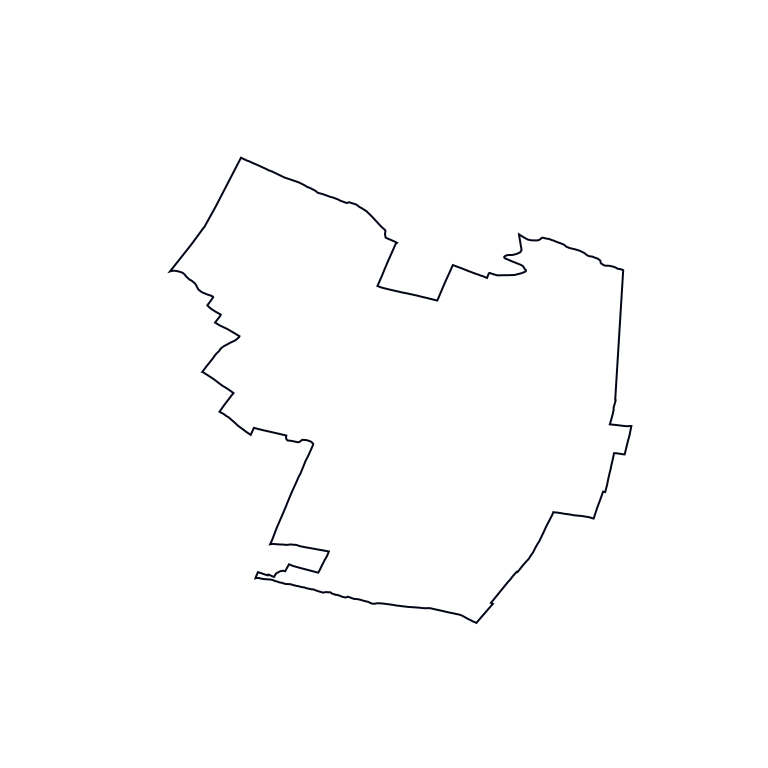 Bacani, Vaslui, Romania, rotated 126°
{"feature_id": "2599482B44404809262636", "entity_name": "Bacani", "entity_type": "district", "adm_level": 2, "iso_a3": "ROU", "parent_name": "Romania", "parent_adm1": "Vaslui", "projection": "robinson", "projection_center": [27.679, 46.327], "detail": "fine", "context": "isolated", "style": "outline", "palette": "ink", "viewbox_px": 768, "rotation_deg": 126, "n_neighbors": 0, "source": "geoboundaries", "source_scale": "gbopen_adm2", "svg_char_len": 6166}
<svg xmlns="http://www.w3.org/2000/svg" viewBox="0 0 768 768"><g transform="rotate(126 384 384)"><path d="M615.3,372.3L614.5,371.1L613.2,368.0L612.5,366.7L611.6,365.2L608.8,360.7L607.7,357.9L607.5,356.3L606.4,353.9L606.2,352.7L605.5,350.9L604.8,349.8L604.3,347.8L604.0,347.0L603.3,345.5L601.4,342.7L600.9,341.9L600.4,340.5L600.1,339.1L599.4,338.0L598.9,336.3L598.0,334.8L597.4,333.0L596.5,330.8L595.4,328.9L595.0,327.4L594.6,326.3L593.1,322.9L592.8,322.1L592.2,321.3L591.5,319.7L590.7,316.6L589.7,313.8L588.5,310.5L586.7,308.9L586.0,308.1L585.4,306.7L584.3,305.5L584.0,304.5L584.1,302.8L583.4,300.8L582.9,298.9L582.0,297.8L580.5,292.2L579.2,289.4L577.4,288.3L576.6,286.0L576.2,284.3L575.5,282.0L573.5,278.8L572.5,276.4L571.4,273.2L569.5,268.6L569.4,267.6L568.8,264.8L567.8,263.1L566.9,262.0L565.3,260.6L564.7,259.7L563.6,258.0L562.3,255.9L557.5,247.1L556.1,244.1L554.1,240.5L550.3,233.7L544.6,224.6L542.5,220.9L541.0,218.6L538.4,215.2L535.4,208.2L534.0,205.1L530.9,197.7L528.8,193.2L527.6,190.3L526.6,188.2L525.8,186.1L525.5,184.7L524.7,178.1L524.2,175.5L523.8,172.4L523.5,171.5L523.0,168.8L517.4,168.4L497.9,166.7L498.2,168.8L472.1,167.4L467.5,166.9L464.6,166.9L460.1,166.5L457.7,166.1L457.6,165.4L448.2,165.0L445.4,164.7L443.2,164.5L440.7,164.1L438.1,164.3L432.1,164.5L428.0,165.2L423.1,165.8L420.4,165.9L410.9,167.6L403.5,169.1L391.3,170.9L388.1,171.7L387.5,170.2L386.6,169.0L384.0,164.0L383.0,161.8L380.9,158.1L378.4,152.9L377.1,150.7L375.4,147.9L373.3,144.0L372.5,142.3L371.7,140.9L371.4,140.2L370.5,137.7L370.0,136.1L369.6,135.3L358.1,139.0L350.7,141.0L342.3,143.5L341.4,141.5L338.1,142.8L334.6,144.2L326.9,147.7L319.5,150.7L316.6,152.1L312.4,153.8L305.9,156.7L304.9,157.3L304.3,156.6L303.4,155.2L301.7,152.0L300.7,149.9L299.5,147.9L286.1,153.4L281.9,154.9L272.6,159.2L275.4,162.7L277.7,166.6L279.6,170.1L283.9,177.6L279.6,179.1L272.8,181.7L271.7,182.3L269.7,183.1L269.1,183.7L268.1,184.4L262.5,186.4L260.9,187.1L261.0,187.6L151.3,257.4L151.7,258.9L152.2,260.5L152.9,261.6L153.4,262.8L153.6,264.9L154.2,267.2L155.8,271.0L157.1,272.9L158.4,274.9L158.7,276.7L158.8,278.2L158.8,279.0L158.6,279.8L158.2,280.4L157.6,280.9L157.1,281.4L157.0,282.3L157.0,283.5L157.0,284.7L157.3,285.9L157.7,287.1L158.5,290.4L158.9,291.2L159.6,292.2L160.0,293.4L160.4,294.8L160.4,296.3L160.3,299.3L161.2,304.2L162.8,308.7L164.2,312.0L165.1,314.4L165.8,317.8L165.5,319.5L165.5,320.2L166.4,324.1L167.1,326.2L168.5,331.8L168.9,332.6L169.2,334.2L169.7,335.7L171.3,339.0L172.4,341.7L172.9,342.2L173.7,342.4L174.7,342.6L176.2,343.2L177.0,343.7L177.8,344.5L180.0,347.5L180.9,348.9L181.6,350.2L182.0,351.2L182.4,351.9L182.7,352.9L183.2,357.2L183.5,361.0L183.6,362.7L185.6,360.8L194.7,351.5L197.3,351.2L199.1,352.1L200.6,353.1L202.1,354.2L204.0,355.8L206.1,358.6L207.3,360.0L208.8,361.0L209.7,361.4L210.4,361.5L210.8,361.3L211.1,360.8L211.2,360.1L209.4,351.9L208.2,347.5L207.3,343.7L207.1,343.0L207.0,341.0L207.4,339.5L208.2,338.1L208.5,336.1L208.9,335.7L209.9,335.7L211.4,336.5L214.1,338.3L218.6,342.1L219.5,343.0L220.7,344.5L221.6,345.8L222.8,347.2L225.6,351.1L227.7,353.8L228.8,355.3L229.6,356.4L231.1,360.6L232.0,363.7L232.5,364.1L232.8,364.2L237.7,363.0L238.6,367.2L239.2,368.7L240.1,372.1L241.0,374.9L243.1,382.5L244.6,388.5L247.3,398.2L248.6,398.0L252.0,397.2L265.3,394.5L282.2,390.6L285.2,390.0L288.1,397.1L289.6,400.9L290.9,403.8L292.9,408.9L297.0,418.3L298.6,421.6L301.8,429.1L303.3,432.6L305.7,438.3L307.4,442.7L308.6,446.9L298.5,449.1L289.8,451.2L283.8,452.6L271.6,455.2L265.2,456.6L263.4,457.0L262.2,456.5L262.3,458.1L264.2,466.6L264.6,468.6L264.1,469.3L263.5,469.9L262.4,471.1L260.9,472.0L259.6,472.6L258.8,473.5L258.3,478.8L258.0,480.4L255.8,491.2L255.0,496.4L254.5,499.9L254.9,505.8L255.1,506.9L255.2,508.4L255.1,511.0L255.2,512.2L257.4,518.9L258.0,519.5L259.4,520.4L259.6,520.9L261.3,526.8L261.7,529.6L262.1,531.1L262.7,533.3L263.3,535.4L263.9,536.7L264.2,537.4L264.6,539.1L266.5,545.5L266.9,546.5L267.9,549.1L268.3,550.5L268.0,552.2L268.1,553.7L268.9,559.2L269.2,560.3L269.6,561.3L270.0,565.7L271.0,571.5L275.5,586.1L278.0,600.1L278.9,602.8L279.2,605.1L280.1,609.6L280.7,612.7L281.6,616.9L282.2,619.3L283.2,624.5L283.8,626.1L285.0,632.7L339.1,624.5L362.7,621.6L364.0,621.8L375.0,621.8L385.3,621.9L418.7,623.3L417.3,622.2L415.9,620.6L415.3,619.7L413.9,616.9L413.0,614.4L412.7,613.3L412.4,612.2L412.4,611.5L412.7,609.1L413.3,607.5L413.4,606.6L413.8,603.1L413.8,602.3L413.6,601.5L413.5,600.7L413.5,599.1L413.8,596.0L414.6,593.8L415.3,592.6L416.7,589.5L416.8,585.9L416.6,584.3L415.8,581.0L415.3,579.0L414.6,577.2L414.2,575.6L413.9,574.1L414.0,573.4L414.1,573.2L418.9,573.1L424.2,573.2L424.7,570.1L424.8,567.4L424.5,562.6L423.8,556.9L425.0,556.5L433.6,556.8L433.4,554.2L433.1,550.9L431.7,543.7L430.8,534.9L430.3,529.0L431.5,528.8L435.2,529.7L436.8,530.3L440.7,532.5L444.3,534.2L447.3,535.7L449.0,536.3L450.6,536.7L452.5,537.0L453.1,536.8L454.2,536.8L458.1,537.5L461.5,537.6L463.3,537.5L474.2,538.0L481.0,538.1L480.7,537.6L480.8,536.9L480.2,525.2L480.2,522.5L480.3,519.5L480.4,514.3L480.0,509.7L479.8,506.1L479.8,504.1L479.8,500.4L482.7,500.6L494.8,500.9L503.1,500.8L503.0,499.4L502.5,496.2L502.6,492.7L502.3,490.4L502.8,484.1L503.1,481.2L503.6,477.7L503.6,474.8L503.6,471.3L503.7,467.5L503.6,464.8L503.5,461.9L496.0,463.5L492.4,454.6L485.8,439.2L483.1,432.7L484.6,432.0L485.5,431.3L485.8,430.8L486.4,429.0L484.3,425.2L481.8,419.5L480.8,418.5L480.1,418.2L477.2,417.3L475.1,414.0L474.2,411.6L473.6,409.4L473.7,407.5L474.0,406.2L474.5,405.8L475.8,405.4L484.7,403.5L487.4,403.0L492.5,402.2L505.7,398.9L509.3,398.5L514.0,397.4L525.0,395.2L530.1,394.0L533.8,393.1L537.2,392.3L539.7,391.6L547.9,389.7L552.0,388.8L563.2,386.3L575.6,382.9L580.6,381.9L578.7,380.0L577.2,377.4L575.0,373.9L573.1,371.1L572.0,369.1L570.5,367.1L569.1,365.8L568.0,364.1L567.1,362.4L566.0,360.9L565.5,359.7L565.0,357.9L564.5,356.4L561.3,349.6L551.9,330.2L554.4,329.5L557.9,328.8L561.0,328.6L563.8,328.1L567.8,327.5L572.5,326.6L575.3,326.3L582.2,344.0L584.8,351.0L585.7,354.9L593.6,353.9L594.2,355.6L596.4,357.9L600.0,359.6L601.1,360.0L603.1,359.7L604.8,359.6L606.1,365.6L607.1,365.5L607.6,366.8L610.3,375.4L615.2,374.3L616.7,373.8L616.3,373.5L615.3,372.3Z" fill="none" stroke="#020617" stroke-width="2"/></g></svg>